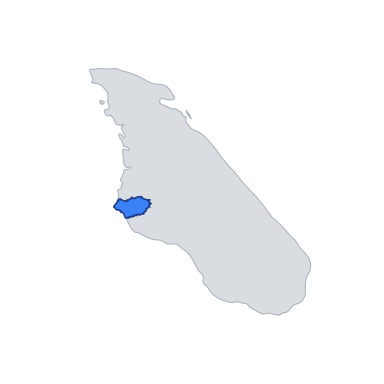 Besalampy, Melaky, Madagascar shown in context, rotated 301°
{"feature_id": "10022922B83460232588272", "entity_name": "Besalampy", "entity_type": "district", "adm_level": 2, "iso_a3": "MDG", "parent_name": "Madagascar", "parent_adm1": "Melaky", "projection": "albers", "projection_center": [45.158, -16.857], "detail": "fine", "context": "in_parent", "style": "filled", "palette": "blue", "viewbox_px": 384, "rotation_deg": 301, "n_neighbors": 0, "source": "geoboundaries", "source_scale": "gbopen_adm2", "svg_char_len": 7962}
<svg xmlns="http://www.w3.org/2000/svg" viewBox="0 0 384 384"><g transform="rotate(301 192 192)"><path d="M250.5,49.5L251.5,51.9L252.6,54.1L256.1,59.6L257.7,61.8L258.9,64.0L259.5,68.5L261.6,75.4L263.6,85.8L264.0,96.5L264.5,101.4L266.1,106.0L268.7,110.9L269.5,116.2L267.6,121.6L265.1,126.7L264.4,127.7L263.2,128.9L262.7,128.9L260.8,127.5L259.2,125.3L257.3,120.1L256.7,117.5L255.8,117.1L253.5,117.2L251.7,118.8L251.4,119.8L251.7,122.7L252.3,125.3L252.5,128.0L252.5,131.3L253.1,132.3L254.0,133.2L254.9,135.4L255.0,140.6L254.3,143.2L252.6,145.4L252.7,146.6L253.2,147.9L252.6,148.7L250.4,149.6L249.5,150.4L248.2,152.7L246.2,157.3L245.9,159.7L246.9,166.9L246.5,172.1L243.8,181.8L242.3,186.5L240.2,192.0L237.0,199.3L233.8,208.4L231.1,217.9L229.1,223.5L226.9,229.1L223.8,239.0L221.2,249.0L217.3,260.0L212.1,272.2L211.5,273.8L210.4,280.1L209.2,285.5L207.8,290.9L204.9,299.8L204.5,302.5L203.9,305.2L201.1,310.7L199.9,312.8L199.1,315.0L198.6,317.8L197.8,320.4L195.8,325.4L192.8,329.6L190.8,331.1L186.5,333.3L184.3,333.8L179.4,333.8L174.7,335.1L169.9,337.5L165.1,340.3L163.3,341.6L161.4,342.4L155.2,342.6L153.3,341.9L147.1,337.3L144.7,336.6L140.1,335.9L138.8,335.5L137.5,334.9L135.7,332.5L132.0,330.5L131.1,329.9L130.5,328.4L130.1,326.9L129.2,325.2L128.5,322.0L127.3,319.7L123.8,315.7L123.5,314.4L123.2,310.2L123.3,307.3L122.9,302.0L123.3,299.5L124.4,297.3L123.9,294.8L122.6,292.3L122.1,289.7L121.2,287.3L117.6,283.0L116.7,280.8L116.1,278.6L114.7,271.8L114.5,269.4L114.7,264.3L115.1,261.7L116.0,259.9L116.2,258.5L116.8,257.3L117.6,256.4L118.2,255.3L119.5,248.8L121.1,247.3L123.7,246.4L125.7,244.7L126.8,242.4L128.0,237.7L131.1,233.0L132.3,230.5L134.8,226.8L137.1,221.5L137.8,219.0L138.3,216.5L138.8,210.9L139.3,208.2L139.2,205.4L137.8,202.6L134.7,197.5L134.6,196.6L134.8,192.8L134.5,190.0L133.3,187.3L131.8,184.7L130.4,179.9L129.6,171.9L129.7,169.0L129.3,166.5L128.2,164.0L128.9,159.8L138.3,144.2L138.7,142.4L138.3,137.7L138.4,135.0L138.8,133.9L139.5,133.3L141.1,133.0L148.8,132.4L149.8,131.9L151.7,130.6L154.4,128.1L155.6,127.3L156.6,127.6L157.3,128.7L158.2,129.3L161.3,128.1L162.5,128.1L163.7,128.3L164.3,127.2L164.6,125.8L165.1,124.8L165.9,124.3L169.9,124.0L172.5,123.6L175.8,122.6L176.5,122.8L179.2,126.4L180.0,126.7L181.0,126.8L181.9,126.2L179.8,124.3L179.4,123.3L179.6,122.1L180.7,119.5L182.7,117.6L187.0,114.7L191.6,111.3L192.9,111.1L194.0,111.6L194.8,115.7L194.7,116.3L195.4,116.4L196.2,115.9L197.0,114.3L197.0,113.0L196.4,111.7L196.2,110.6L196.1,109.6L198.4,107.2L200.3,105.0L201.1,102.2L201.9,101.0L203.8,99.6L204.3,99.8L204.7,101.0L205.0,102.2L204.5,103.4L203.8,104.6L203.5,106.2L204.5,106.5L205.5,106.1L207.1,103.3L208.8,100.6L209.8,99.2L211.1,98.2L213.2,98.4L215.2,99.1L211.9,96.2L211.1,92.2L215.2,85.5L215.2,84.1L215.8,83.7L216.1,83.1L214.1,80.8L213.7,79.6L214.0,77.9L215.0,76.4L215.9,75.4L217.2,75.0L218.2,75.6L220.4,77.5L221.8,77.8L223.7,76.0L225.2,73.8L227.4,72.3L230.0,71.3L233.9,67.9L236.5,60.5L236.7,58.3L236.2,55.7L235.4,53.2L234.0,50.0L234.4,49.3L236.5,49.8L237.2,49.4L239.5,46.7L243.4,41.4L244.6,41.5L245.7,42.5L246.0,43.9L246.8,45.0L249.3,47.6L250.5,49.5ZM223.9,69.9L223.9,70.7L221.0,70.3L220.6,67.5L222.0,67.4L222.3,66.3L223.2,66.1L224.1,68.6L223.9,69.9ZM256.8,150.0L254.3,154.0L255.1,150.6L258.0,145.7L258.8,145.3L256.8,150.0Z" fill="#d9dde1" stroke="#a8b0b8" stroke-width="1"/><path d="M148.0,132.9L147.9,133.1L147.7,133.1L147.5,133.3L147.3,133.2L147.3,133.3L147.2,133.3L147.3,133.3L147.2,133.4L146.9,133.5L146.8,133.4L146.8,133.5L146.7,133.5L146.4,133.5L146.4,133.4L146.3,133.5L146.5,133.2L146.4,133.0L146.2,133.0L146.1,132.9L144.5,133.0L144.1,133.0L143.8,132.9L143.2,133.0L142.9,132.9L142.7,132.9L142.5,132.7L142.4,132.8L142.3,132.7L142.2,132.7L141.3,132.7L140.4,132.5L140.0,132.6L139.6,132.4L139.5,132.6L139.0,132.6L138.9,132.7L138.7,132.8L138.7,133.2L138.8,133.3L138.8,133.5L138.7,133.6L138.8,133.8L138.6,133.9L138.7,134.1L138.4,135.1L138.3,135.3L138.1,135.3L137.9,135.7L138.0,136.0L137.9,136.5L138.0,136.7L138.3,137.2L138.4,137.4L138.4,137.6L138.6,138.0L138.8,138.3L138.7,138.3L138.8,138.3L138.7,138.3L138.9,138.7L139.2,139.1L139.3,139.4L139.4,139.7L139.1,140.8L138.6,141.0L138.3,141.4L138.4,140.8L138.4,140.7L138.0,141.3L138.5,142.4L138.7,143.2L138.7,143.4L138.6,144.0L138.5,144.3L138.4,144.6L138.1,144.7L137.8,145.0L137.6,145.4L137.3,145.9L137.0,146.2L136.8,146.3L136.9,146.1L136.5,147.2L136.1,147.5L136.0,147.8L135.7,148.2L135.6,148.3L135.8,148.4L135.8,148.5L136.0,148.6L135.9,148.7L136.0,148.8L136.1,149.1L136.3,149.3L136.2,149.5L136.3,149.7L136.3,149.9L136.5,150.0L136.8,150.0L137.0,150.2L136.8,150.2L136.8,150.3L136.8,150.5L137.0,150.7L137.1,150.9L137.2,151.0L137.4,151.0L137.6,151.2L137.5,151.3L137.8,151.4L138.0,151.2L138.1,151.4L138.4,151.3L138.5,151.2L138.6,151.4L138.5,151.7L138.9,151.8L138.9,152.2L139.0,152.2L139.1,152.3L139.5,152.4L139.8,152.5L139.9,152.8L139.9,153.1L140.0,153.0L140.2,153.3L140.4,153.2L140.5,153.3L140.6,153.5L140.8,153.5L140.7,153.6L140.8,153.8L140.7,154.0L140.8,154.1L141.1,154.2L141.1,154.3L141.5,154.8L141.5,155.0L141.8,155.0L142.1,155.2L142.3,155.2L142.7,155.2L142.9,155.1L143.1,155.2L143.4,155.3L143.3,155.5L143.6,155.9L143.5,156.0L143.9,156.3L143.7,156.6L143.9,156.6L144.0,157.0L144.2,157.3L144.4,157.2L144.4,157.3L144.7,157.3L144.8,157.3L145.2,157.4L145.3,157.3L145.4,157.5L145.6,157.7L145.6,157.8L145.5,158.5L145.4,158.9L145.6,159.2L145.6,159.4L146.2,159.7L146.4,159.7L146.8,160.0L146.9,159.9L147.2,160.0L147.4,160.2L147.4,160.3L147.6,160.4L147.6,160.7L148.1,161.3L148.1,161.5L148.2,161.8L148.3,161.7L148.7,161.5L149.0,161.7L149.3,161.7L149.6,161.5L149.7,161.2L150.0,161.4L150.2,161.7L150.4,161.7L150.8,161.5L151.0,161.6L151.0,161.8L151.4,162.0L151.6,162.3L151.8,162.2L152.0,162.3L152.4,162.0L152.8,161.9L153.0,162.0L153.4,162.1L153.6,161.5L153.8,161.6L154.1,161.5L154.4,161.7L154.5,161.6L155.0,162.0L155.3,162.0L155.7,162.2L155.9,162.2L156.0,162.5L156.2,162.3L156.4,162.3L156.6,162.1L157.0,162.5L157.3,162.8L157.4,163.0L157.5,162.5L157.7,162.3L158.0,162.5L157.9,162.4L158.1,162.4L158.4,162.3L158.5,162.4L158.7,162.6L158.8,162.6L158.9,162.3L159.1,162.3L159.1,162.2L159.4,162.5L159.5,162.6L159.8,162.6L160.3,162.5L160.5,162.3L160.7,162.6L161.0,162.8L161.0,162.7L161.0,162.3L161.0,162.1L160.9,161.9L161.0,161.8L160.9,161.7L161.1,161.6L161.1,161.4L160.9,161.1L161.1,160.1L161.0,159.8L160.9,159.8L160.9,159.6L160.8,159.4L160.9,159.5L161.1,159.5L161.3,159.5L161.4,159.8L161.7,160.0L162.2,160.1L162.3,160.0L162.5,160.1L162.8,159.9L162.9,159.7L163.2,159.7L163.3,160.0L163.6,159.9L163.4,159.5L163.1,159.4L163.0,159.2L163.0,158.9L162.9,158.9L162.8,158.7L162.7,158.7L162.6,158.4L162.2,158.4L162.0,158.1L162.1,157.9L162.1,157.6L162.2,157.1L162.1,156.9L161.9,156.8L161.8,156.7L161.7,156.2L161.7,155.9L161.7,155.7L161.6,155.3L161.7,155.2L161.2,154.2L161.3,153.8L161.3,153.6L161.4,153.3L161.1,152.9L161.4,152.5L161.1,151.9L161.2,151.7L161.2,151.8L161.3,151.6L161.6,151.6L161.5,151.4L162.0,150.9L161.7,150.6L161.4,150.6L160.8,150.4L160.8,150.2L160.9,149.8L160.6,149.5L160.6,149.1L160.5,148.6L160.3,148.2L159.7,147.7L159.0,147.6L158.8,147.6L158.6,147.0L158.2,146.7L157.7,146.5L157.2,146.4L157.1,146.5L157.0,146.3L156.9,146.2L156.9,145.9L156.8,145.7L156.7,145.5L156.6,145.4L156.5,145.1L156.6,144.9L156.7,144.5L156.5,144.4L156.5,144.2L156.7,143.9L156.6,143.6L156.4,143.7L156.2,143.7L155.9,143.7L155.7,143.7L155.5,143.8L155.5,143.6L155.4,143.7L155.3,143.3L155.2,143.2L155.3,143.0L154.9,142.8L154.8,142.5L154.6,142.5L154.4,142.6L154.0,142.7L153.8,142.6L153.7,142.5L153.5,142.4L153.5,142.2L153.0,141.9L152.7,141.5L152.5,141.4L152.4,141.2L151.9,141.6L151.6,141.2L151.4,141.3L151.2,141.2L150.7,141.2L151.0,140.8L151.0,140.6L151.0,140.4L150.8,140.3L150.9,140.1L150.7,140.1L150.2,139.7L149.7,139.7L149.5,139.3L149.5,139.1L149.6,138.8L149.5,138.3L149.4,137.9L149.1,137.7L149.2,137.0L149.2,136.3L149.2,136.0L149.0,135.7L148.9,135.3L148.8,134.8L149.0,134.3L149.0,134.2L149.1,134.3L149.2,134.2L149.0,133.9L148.8,133.9L148.7,134.0L148.7,133.9L148.3,133.3L148.0,132.9Z" fill="#3b82f6" stroke="#1e3a8a" stroke-width="1.5"/></g></svg>